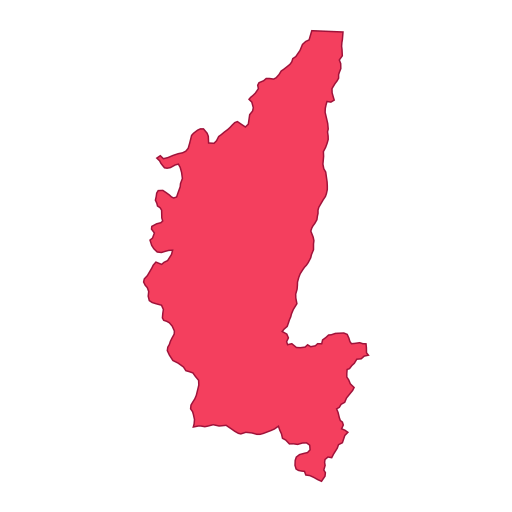 Santa Isabel, Goiás, Brazil (Mercator projection)
{"feature_id": "56859067B85014181310436", "entity_name": "Santa Isabel", "entity_type": "district", "adm_level": 2, "iso_a3": "BRA", "parent_name": "Brazil", "parent_adm1": "Goiás", "projection": "mercator", "projection_center": [-49.384, -15.241], "detail": "fine", "context": "isolated", "style": "filled", "palette": "rose", "viewbox_px": 512, "rotation_deg": 0, "n_neighbors": 0, "source": "geoboundaries", "source_scale": "gbopen_adm2", "svg_char_len": 4420}
<svg xmlns="http://www.w3.org/2000/svg" viewBox="0 0 512 512"><path d="M343.0,32.0L311.8,30.7L309.1,39.9L305.7,41.5L302.5,44.4L300.0,50.5L297.9,53.5L295.8,56.6L292.8,58.6L291.8,61.8L290.0,64.3L287.3,66.5L283.6,69.4L281.2,71.0L279.0,74.6L276.1,77.8L273.6,79.1L269.6,78.5L266.2,78.5L263.7,80.7L259.0,82.7L257.7,85.2L258.4,88.6L255.3,93.2L252.7,95.7L250.7,97.3L249.0,99.3L251.8,102.1L253.3,107.7L252.6,111.0L249.7,114.6L248.3,124.2L245.4,127.0L240.6,123.8L237.4,121.6L234.8,122.6L232.3,125.0L230.0,127.5L227.8,129.5L224.3,132.1L221.2,134.7L218.7,136.5L216.5,140.8L214.0,143.3L208.6,143.0L208.3,136.3L207.1,133.2L203.5,128.9L200.3,128.9L197.7,130.1L195.7,131.6L193.5,133.3L191.6,135.4L189.7,143.1L188.2,148.3L185.8,151.2L182.6,152.8L178.2,153.7L173.1,155.4L167.9,157.6L163.4,158.7L160.3,155.7L156.8,158.1L159.6,160.8L160.9,163.3L162.6,165.5L164.5,167.8L167.1,168.2L170.4,167.6L175.3,164.9L178.4,164.1L180.2,167.4L181.6,172.5L182.4,178.5L180.5,183.6L180.2,186.8L178.1,192.6L176.6,197.0L173.6,198.0L171.4,196.9L169.4,195.0L166.1,192.6L162.8,190.4L158.2,190.6L156.7,193.1L156.2,196.6L155.4,200.2L156.8,203.2L157.5,206.0L160.1,207.7L161.6,210.2L161.8,217.9L162.7,221.0L160.9,222.7L156.6,223.8L151.8,226.4L151.5,229.1L154.4,233.0L152.5,238.1L150.0,240.1L151.7,245.4L153.8,248.7L157.2,252.0L161.4,252.5L165.3,251.3L168.7,250.4L172.6,250.2L171.5,254.5L169.4,257.8L167.6,260.6L164.1,262.3L161.6,264.4L155.9,262.1L153.2,265.2L151.8,268.1L147.4,275.6L144.3,278.9L143.6,282.0L145.3,285.4L147.3,287.6L148.7,291.5L148.2,296.2L149.3,300.6L152.1,302.5L155.9,303.7L161.5,305.2L163.4,309.5L162.8,313.4L162.4,317.9L163.7,320.3L166.7,321.3L169.4,322.8L172.2,326.1L174.4,331.0L174.2,334.1L172.1,337.9L170.4,341.3L169.4,344.4L167.8,347.2L167.3,350.6L169.4,355.1L172.9,360.5L178.1,363.1L183.5,367.0L185.9,370.7L189.1,371.6L192.9,372.9L195.3,376.3L198.6,380.3L198.8,385.0L197.9,388.9L196.3,395.4L194.8,398.9L192.9,401.9L191.0,405.1L190.6,408.8L192.6,411.7L193.4,414.5L194.5,419.5L194.1,424.0L193.3,427.0L198.3,426.0L200.9,426.0L204.8,426.7L207.8,426.1L213.2,424.7L219.1,426.0L222.3,425.7L226.1,425.3L228.3,426.8L232.1,429.4L234.8,431.3L238.3,433.3L240.8,433.9L245.8,432.3L251.8,432.9L256.8,434.3L260.1,434.3L263.4,433.4L271.0,430.5L274.4,429.0L278.4,426.2L279.8,430.2L281.5,433.9L282.5,438.3L285.7,440.0L289.4,443.9L293.5,443.8L297.6,444.4L302.5,443.0L306.6,442.9L309.7,445.2L310.1,449.8L307.5,452.6L304.3,453.3L299.5,454.6L296.3,457.1L295.2,460.4L295.0,465.3L296.1,469.0L298.4,470.4L301.3,471.0L304.5,471.4L305.8,475.0L309.9,475.6L313.6,477.3L317.9,479.7L321.5,481.3L325.0,476.2L325.4,472.7L323.8,470.0L325.1,465.5L324.6,462.4L325.0,459.5L328.0,457.0L331.7,457.7L333.6,454.0L335.5,451.0L337.3,448.1L338.5,444.7L342.4,442.7L344.8,435.5L347.9,432.3L344.9,430.2L341.6,428.8L343.3,425.0L342.4,422.1L340.3,420.5L339.3,417.6L338.1,412.6L336.6,408.9L339.3,407.3L341.1,404.3L344.7,402.3L346.5,398.0L350.2,393.4L352.6,390.5L354.1,387.5L352.2,385.7L350.3,383.8L348.7,379.9L346.8,377.1L346.8,373.3L347.1,369.5L349.5,368.6L351.9,365.5L354.3,363.3L356.8,359.2L361.2,358.8L364.2,356.1L368.4,355.2L366.5,352.8L366.4,347.7L366.0,343.8L362.8,343.7L359.7,342.7L354.8,343.4L351.5,343.7L349.9,341.6L348.9,338.2L347.2,334.4L343.8,333.0L335.4,333.4L331.2,334.8L328.6,335.0L325.9,337.5L322.6,339.9L321.7,343.8L317.6,343.7L315.4,345.8L310.7,346.7L307.6,344.8L305.1,347.1L300.3,347.7L296.4,347.5L291.8,343.7L287.6,344.7L286.6,341.7L288.4,337.9L286.8,334.1L282.2,331.5L284.0,329.2L287.2,326.4L288.5,322.7L289.5,319.6L290.7,316.9L291.5,313.8L293.4,309.3L296.9,303.7L295.8,298.0L295.7,294.1L297.1,289.1L297.4,285.4L297.5,282.0L298.8,277.3L300.2,273.7L302.7,269.8L304.5,267.2L306.4,265.2L308.2,262.6L309.4,260.3L310.7,257.8L311.5,254.5L313.5,249.7L313.5,247.2L313.5,243.9L313.9,240.7L313.2,237.2L310.8,231.1L311.8,228.0L313.0,225.8L314.8,223.4L316.9,219.7L317.4,216.1L318.0,213.5L318.0,210.1L318.8,207.3L320.6,204.2L323.3,199.6L325.4,196.5L326.4,193.7L327.3,189.5L327.3,185.9L327.1,182.0L325.7,172.0L323.8,168.8L322.9,164.1L323.2,161.0L323.6,156.3L323.4,151.6L325.6,147.4L327.1,143.3L328.2,139.4L328.1,136.0L327.5,131.8L328.2,129.0L327.7,123.5L326.7,119.1L325.1,112.3L325.3,108.3L326.0,105.0L327.0,101.5L330.9,102.1L334.2,100.1L333.1,96.4L332.1,92.8L332.0,88.6L335.0,83.6L337.0,81.0L338.6,78.2L338.6,74.6L339.5,71.9L340.8,68.6L340.7,63.6L339.3,60.0L342.3,55.8L342.0,49.5L341.6,46.2L341.9,42.4L342.4,39.5L343.0,32.0Z" fill="#f43f5e" stroke="#9f1239" stroke-width="1.5"/></svg>